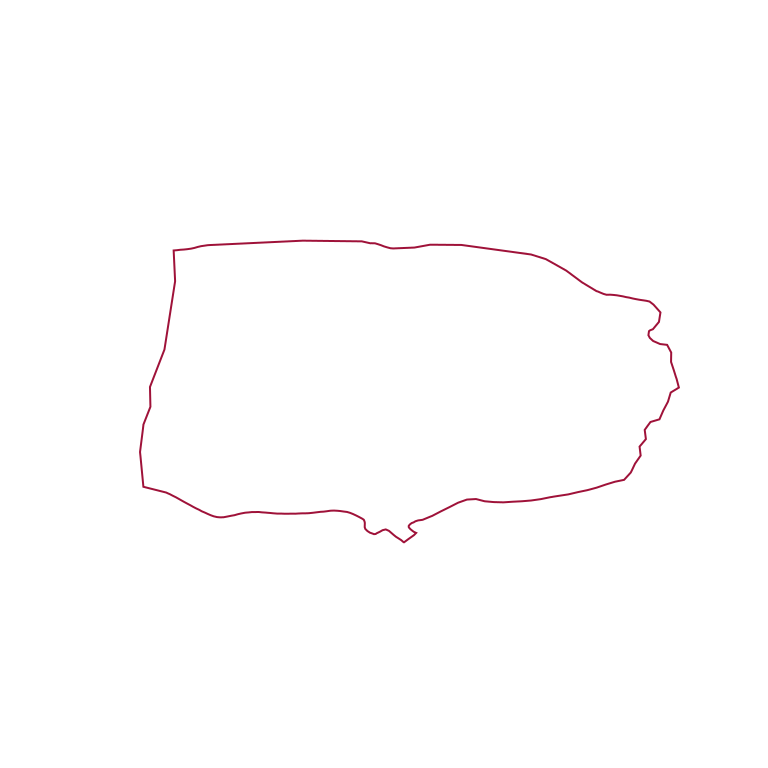 the district of Sarar, Abyan, Yemen, rotated 219°
{"feature_id": "15242507B17231437712289", "entity_name": "Sarar", "entity_type": "district", "adm_level": 2, "iso_a3": "YEM", "parent_name": "Yemen", "parent_adm1": "Abyan", "projection": "natural_earth1", "projection_center": [45.331, 13.58], "detail": "fine", "context": "isolated", "style": "outline", "palette": "rose", "viewbox_px": 768, "rotation_deg": 219, "n_neighbors": 0, "source": "geoboundaries", "source_scale": "gbopen_adm2", "svg_char_len": 2890}
<svg xmlns="http://www.w3.org/2000/svg" viewBox="0 0 768 768"><g transform="rotate(219 384 384)"><path d="M404.7,202.4L403.4,203.5L401.9,204.8L400.5,205.9L398.0,207.5L394.6,209.9L394.1,210.2L391.2,212.2L388.6,213.9L385.7,215.9L382.6,218.4L379.9,220.4L376.8,222.9L374.1,225.2L371.4,227.3L368.9,229.6L366.3,231.9L363.5,234.2L361.1,236.3L358.1,239.3L355.7,241.8L352.9,244.7L350.6,246.8L348.3,249.2L346.0,251.7L343.4,254.0L340.8,255.9L338.3,257.6L335.1,259.5L332.2,261.3L329.3,262.5L326.4,263.4L322.8,264.3L319.5,265.0L316.3,265.6L314.3,265.8L312.6,264.9L311.5,264.0L308.9,260.6L307.3,259.6L304.4,259.3L301.4,259.6L298.9,260.5L297.3,261.0L296.1,262.2L295.7,263.5L294.3,266.4L293.1,269.5L291.1,272.1L287.7,273.0L284.6,272.9L281.6,272.8L278.6,272.8L275.2,273.2L272.3,273.5L272.2,273.5L269.2,273.4L268.8,273.6L268.2,275.9L267.4,279.0L265.6,285.4L265.3,288.5L267.7,287.9L269.2,287.8L272.0,287.8L274.0,288.1L274.6,288.3L275.2,288.9L275.5,289.4L275.5,291.1L275.0,293.3L273.9,295.1L273.2,297.1L271.6,299.5L269.6,301.6L268.5,302.8L264.2,310.7L263.6,311.7L263.0,313.1L259.7,320.7L255.7,329.4L251.7,338.4L246.8,346.4L240.1,352.5L232.0,356.2L224.4,361.3L216.7,367.2L209.9,373.5L203.1,379.6L196.4,386.0L189.7,393.2L183.6,400.6L182.5,401.8L181.3,403.2L177.4,407.5L171.3,414.2L165.1,422.2L159.3,429.3L157.6,431.6L153.5,437.3L148.4,445.4L143.0,453.4L137.1,460.6L136.5,470.5L137.1,473.2L138.8,480.1L139.5,489.9L146.0,496.2L145.8,506.0L152.5,512.4L152.8,517.5L153.0,522.2L149.9,526.7L147.7,529.9L150.3,539.3L151.4,545.0L152.2,549.0L155.8,557.8L152.6,566.8L159.8,572.1L161.6,573.2L167.3,577.0L174.8,581.8L180.6,589.2L188.6,592.6L194.6,588.8L199.4,587.5L201.9,586.8L206.4,587.1L209.2,588.3L211.3,591.8L211.0,593.2L209.5,595.8L209.4,605.3L214.2,613.6L224.5,615.3L229.5,615.2L232.4,613.8L235.5,612.0L235.8,611.8L238.7,610.1L242.0,608.3L244.7,606.9L247.7,605.5L250.5,603.9L253.4,602.5L256.1,601.0L258.8,599.5L261.9,597.5L264.5,595.7L267.2,593.4L270.0,592.2L273.0,591.3L276.2,590.4L277.3,589.9L294.1,587.6L313.8,586.8L336.8,582.9L351.2,577.2L411.3,540.8L435.8,521.3L446.2,509.2L462.2,495.1L464.4,493.6L467.5,492.2L470.7,490.9L473.6,490.0L476.8,488.8L479.5,487.7L482.1,485.7L483.3,484.7L491.0,480.9L537.3,444.3L603.5,385.3L606.0,383.1L608.4,380.9L610.5,378.6L612.9,376.0L615.0,373.3L617.0,370.4L619.1,367.8L621.8,364.9L624.2,362.5L626.7,360.2L629.2,357.6L631.5,355.4L611.0,332.4L576.3,272.6L564.0,234.4L551.2,219.3L545.4,201.0L544.9,200.3L541.7,195.2L530.8,177.6L527.7,174.5L506.3,152.7L484.9,162.6L483.2,163.0L481.1,163.6L478.0,164.2L474.5,165.0L471.6,165.5L467.9,166.1L465.0,166.6L461.8,167.2L458.2,167.9L455.2,168.4L451.7,169.1L448.5,169.9L445.5,170.4L442.4,171.3L439.2,172.1L436.0,173.0L433.1,174.0L430.0,175.5L427.5,177.2L424.9,179.4L422.6,182.1L419.7,185.6L417.6,188.0L415.8,190.6L413.7,193.3L410.9,196.6L408.4,199.0L405.9,201.5L404.7,202.4L404.7,202.4Z" fill="none" stroke="#9f1239" stroke-width="2"/></g></svg>